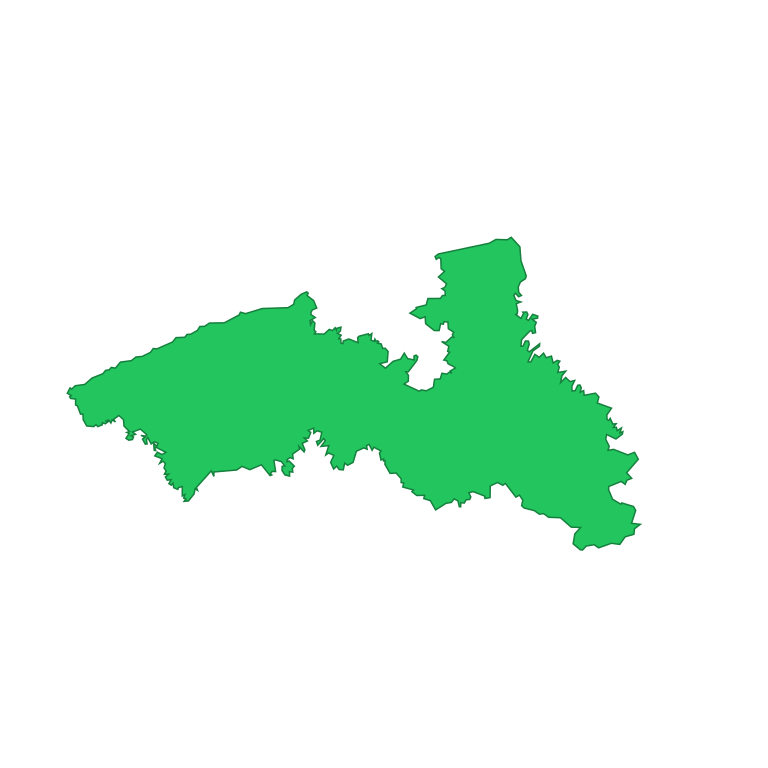 outline of Amathole, Eastern Cape, South Africa, rotated 202°
{"feature_id": "47623444B36505680523289", "entity_name": "Amathole", "entity_type": "district", "adm_level": 2, "iso_a3": "ZAF", "parent_name": "South Africa", "parent_adm1": "Eastern Cape", "projection": "mercator", "projection_center": [27.79, -32.642], "detail": "fine", "context": "isolated", "style": "filled", "palette": "green", "viewbox_px": 768, "rotation_deg": 202, "n_neighbors": 0, "source": "geoboundaries", "source_scale": "gbopen_adm2", "svg_char_len": 6168}
<svg xmlns="http://www.w3.org/2000/svg" viewBox="0 0 768 768"><g transform="rotate(202 384 384)"><path d="M540.1,209.1L535.7,209.0L535.7,211.1L532.6,213.3L529.1,204.6L527.2,206.8L527.0,203.1L524.6,203.3L525.4,200.3L521.5,202.3L518.9,210.9L519.9,216.1L517.1,215.6L519.2,217.8L511.6,238.8L507.1,234.6L508.8,238.7L488.3,249.1L484.8,254.4L476.3,254.3L467.4,263.2L455.3,256.4L454.0,257.7L455.9,258.1L454.8,261.1L451.7,262.2L457.5,272.0L456.0,273.0L450.0,273.6L445.4,270.9L447.6,269.5L446.2,265.6L441.8,262.6L437.0,263.2L438.8,267.3L435.6,268.1L437.4,271.6L436.3,274.2L443.2,277.1L444.8,275.6L445.4,277.9L443.5,280.6L440.2,280.6L442.5,284.8L437.9,292.0L439.5,294.3L432.7,291.1L432.7,293.3L437.6,298.3L433.7,302.5L437.7,304.1L433.7,305.5L433.8,311.7L437.0,312.5L432.7,316.7L430.6,312.0L428.6,315.5L423.6,316.0L422.3,308.0L425.1,305.4L422.5,302.4L419.3,310.8L417.2,309.5L419.0,302.5L412.1,306.2L411.4,296.4L409.6,299.2L403.8,299.1L404.1,291.3L398.8,286.3L397.1,290.1L393.5,287.9L389.6,289.1L390.8,295.9L387.3,295.0L383.3,299.7L384.4,311.3L378.8,317.2L375.2,317.2L377.1,320.3L375.2,322.4L370.2,318.1L369.7,321.6L361.6,320.8L362.4,318.4L358.3,312.4L356.2,314.3L355.6,312.5L354.0,313.1L353.2,310.0L344.9,303.4L339.4,306.0L332.6,302.6L331.2,299.0L328.7,299.7L328.0,295.5L317.0,296.8L317.8,294.6L311.9,292.9L304.6,296.0L304.2,292.7L297.3,293.2L289.0,286.6L281.7,296.7L277.2,299.4L275.9,303.8L271.6,303.3L268.3,298.5L266.9,298.8L268.3,302.7L265.0,303.7L264.5,307.4L261.3,309.0L261.2,311.8L264.6,314.9L261.1,317.6L248.7,317.8L247.5,315.7L243.1,318.4L247.3,329.3L241.8,335.2L235.9,334.6L234.2,337.3L219.3,328.5L216.8,331.7L211.8,328.3L210.8,322.7L207.5,321.5L197.2,322.9L191.2,321.5L187.4,323.6L181.4,322.1L170.3,326.1L156.8,321.4L148.0,324.6L150.9,316.5L148.8,306.7L139.8,303.8L137.7,304.5L135.8,309.5L129.0,313.7L123.6,312.5L113.5,321.5L105.3,323.6L103.2,332.6L96.0,338.3L97.5,343.6L93.8,349.9L102.3,347.6L103.3,361.1L106.8,363.9L119.0,362.8L119.3,361.3L128.8,362.7L136.1,370.0L137.2,373.2L127.6,382.5L122.8,381.3L122.7,385.9L119.0,389.3L125.8,392.6L120.0,409.5L126.1,414.5L131.4,409.6L146.7,409.4L151.4,406.4L151.9,410.7L157.7,415.8L158.7,420.6L148.4,419.9L144.2,426.8L144.7,429.3L146.9,426.9L147.4,432.2L150.3,428.1L152.3,430.9L155.1,429.7L153.9,434.1L156.9,432.6L161.4,436.9L161.8,434.4L163.9,434.7L165.8,438.7L164.0,446.8L179.1,446.3L179.9,452.5L184.5,454.7L194.2,448.5L196.4,452.7L199.0,449.9L199.7,454.5L202.0,456.5L203.9,455.4L204.2,449.5L207.0,448.0L209.0,452.2L208.5,458.7L212.4,455.9L218.0,458.1L220.8,451.4L222.1,458.3L220.3,464.0L227.2,459.8L227.8,465.3L230.3,467.3L229.5,471.0L232.3,470.8L235.0,466.8L239.2,472.6L243.5,469.1L247.6,472.4L250.1,466.9L255.2,468.0L256.2,459.4L258.8,458.5L258.3,470.5L254.0,477.2L254.8,479.6L261.4,468.2L263.7,468.9L264.2,475.1L266.1,477.9L269.0,476.9L269.3,471.1L271.2,470.3L273.0,476.8L268.6,487.7L266.9,488.9L265.3,486.6L262.7,488.4L265.9,493.9L265.9,498.2L271.0,499.6L266.3,502.5L266.8,504.6L272.2,504.3L273.9,497.1L276.5,497.4L276.6,502.4L278.7,504.2L282.2,502.6L281.0,501.8L281.6,496.1L288.0,497.8L286.8,499.0L287.5,501.9L291.5,508.1L287.9,511.3L292.9,510.9L296.9,514.9L296.0,517.4L291.9,515.3L289.7,517.6L293.3,519.3L295.9,524.2L295.7,529.7L292.3,534.6L292.6,537.5L303.2,549.6L309.4,562.1L321.0,567.7L323.7,563.9L334.3,560.0L339.2,553.9L382.2,525.0L384.4,521.4L382.2,519.2L380.4,522.0L378.2,521.3L374.2,512.3L370.1,511.1L373.6,503.6L363.6,500.3L363.8,496.2L366.1,494.1L362.2,493.1L360.4,489.1L363.0,487.9L363.7,484.5L375.3,479.7L374.5,473.1L382.9,467.0L382.0,466.0L386.5,459.4L375.0,458.2L371.0,461.7L368.0,455.5L357.4,452.4L352.9,454.2L354.1,461.1L351.4,461.7L351.7,464.3L347.9,465.4L345.1,459.4L338.8,458.1L339.1,455.3L336.8,453.4L338.8,452.9L342.2,445.7L346.5,444.9L338.0,443.3L337.2,438.0L335.1,438.1L337.5,428.6L334.4,429.1L332.2,426.8L327.4,426.4L325.6,426.1L323.8,425.6L327.4,421.0L325.7,419.8L326.0,419.3L327.5,420.0L329.5,416.7L334.3,415.7L333.8,409.8L338.9,407.3L337.0,399.5L342.3,393.5L347.3,392.5L348.4,390.5L365.4,391.4L362.5,395.7L364.6,401.2L368.4,403.5L366.1,404.3L362.3,418.2L362.9,422.0L365.1,422.8L366.7,421.2L365.1,417.6L371.6,416.4L376.8,420.2L377.9,413.3L384.0,408.5L388.6,399.2L395.6,401.2L389.3,405.8L392.4,415.7L396.3,417.6L398.6,416.5L401.6,420.1L405.3,419.4L404.6,421.1L406.0,421.7L407.0,420.6L409.3,422.2L408.9,419.9L412.5,419.8L414.2,426.2L416.1,423.4L417.3,424.7L424.9,419.1L425.8,417.2L423.5,412.6L433.5,412.6L437.9,408.6L437.1,406.2L439.2,405.7L440.9,409.6L442.9,408.9L442.0,413.2L446.1,413.4L444.3,416.7L445.2,420.6L448.7,417.9L448.3,416.0L450.4,417.9L451.8,414.3L455.2,414.1L458.2,407.9L467.3,404.4L466.8,406.9L468.9,407.7L470.9,414.6L474.1,416.0L474.3,411.5L476.3,415.1L472.6,419.9L477.6,421.0L478.5,422.8L478.2,425.9L474.8,429.2L480.5,435.0L488.5,437.2L488.3,439.8L490.1,440.5L494.4,436.2L498.3,428.4L497.6,424.0L501.6,418.8L525.1,408.4L538.7,397.4L544.0,396.8L544.2,393.7L555.0,380.9L568.7,375.1L571.9,370.3L576.3,368.3L577.0,363.9L581.9,357.7L585.2,356.2L586.2,352.7L594.2,349.1L595.8,343.7L607.7,331.5L611.2,330.5L612.4,325.8L618.5,319.0L624.1,316.1L627.0,311.0L636.6,305.6L639.0,298.1L643.1,297.2L644.1,294.2L647.2,292.4L648.5,288.2L656.9,280.2L661.3,271.5L669.7,266.7L671.6,262.3L673.6,262.8L674.2,256.8L669.7,256.1L670.7,254.5L669.2,253.2L664.3,254.5L662.1,249.0L660.1,248.9L654.1,242.4L651.9,243.3L649.5,238.2L643.9,233.7L637.1,235.8L635.9,238.4L633.3,237.3L629.9,240.7L630.6,242.5L627.4,242.8L626.3,244.7L628.7,246.0L626.7,245.1L626.4,248.0L625.7,245.7L624.9,247.0L622.6,245.5L622.6,248.9L618.8,248.2L621.5,249.9L618.0,255.5L612.1,253.3L609.3,247.6L602.2,244.6L604.3,242.8L601.8,242.7L602.9,236.9L599.5,236.3L596.4,238.3L596.4,241.1L599.1,241.3L595.5,244.3L599.2,245.3L593.0,250.9L585.0,248.2L585.6,246.3L590.1,245.3L585.7,245.3L587.3,242.5L582.8,238.8L581.2,239.7L583.4,243.4L582.9,245.8L577.4,241.2L575.2,244.4L571.3,244.4L571.3,241.3L575.3,242.7L572.2,236.4L570.7,236.8L572.5,238.5L571.7,239.9L560.6,239.0L563.4,235.4L568.5,235.9L569.6,231.5L561.8,231.6L562.3,226.4L559.8,229.7L556.9,228.2L556.5,223.7L553.5,221.9L553.8,218.0L549.9,219.8L551.9,215.9L548.9,213.6L545.6,215.6L546.1,211.0L543.3,210.5L542.5,213.0L540.1,209.1Z" fill="#22c55e" stroke="#15803d" stroke-width="1.5"/></g></svg>